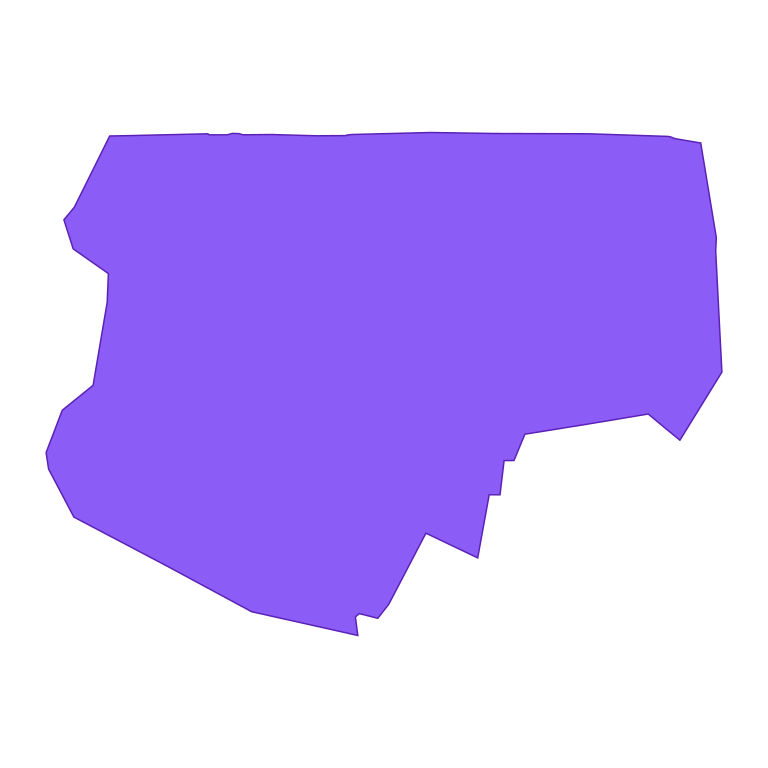 Franklin, Vermont, United States of America
{"feature_id": "52423323B67393823438357", "entity_name": "Franklin", "entity_type": "district", "adm_level": 2, "iso_a3": "USA", "parent_name": "United States of America", "parent_adm1": "Vermont", "projection": "albers", "projection_center": [-72.901, 44.825], "detail": "fine", "context": "isolated", "style": "filled", "palette": "violet", "viewbox_px": 768, "rotation_deg": 0, "n_neighbors": 0, "source": "geoboundaries", "source_scale": "gbopen_adm2", "svg_char_len": 784}
<svg xmlns="http://www.w3.org/2000/svg" viewBox="0 0 768 768"><path d="M700.7,142.8L699.3,142.8L674.8,138.6L670.7,136.9L667.8,136.4L589.1,133.8L563.3,133.7L494.0,133.5L430.7,132.5L352.0,134.5L346.6,135.1L346.5,135.6L317.2,135.8L273.9,134.6L273.2,134.5L242.8,134.8L239.0,133.6L232.3,133.4L227.3,134.8L208.9,134.8L207.9,133.8L129.9,135.6L109.7,136.0L74.4,207.1L63.9,219.8L73.2,248.9L108.4,273.6L107.2,302.2L93.1,385.3L62.3,410.2L46.1,452.6L48.6,469.1L73.9,517.1L167.6,566.4L251.6,611.7L357.8,635.5L355.4,616.9L359.2,613.6L377.8,618.3L388.8,604.2L425.9,533.2L477.7,557.9L489.2,494.8L500.0,494.8L504.1,460.6L514.0,460.5L524.9,434.2L588.9,423.9L648.2,414.0L665.5,428.4L679.9,440.2L721.9,372.1L715.7,251.2L716.3,237.5L700.7,142.8Z" fill="#8b5cf6" stroke="#5b21b6" stroke-width="1.5"/></svg>